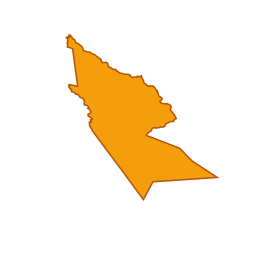 Riacho Frio, Piauí, Brazil, rotated 304°
{"feature_id": "56859067B56089462562487", "entity_name": "Riacho Frio", "entity_type": "district", "adm_level": 2, "iso_a3": "BRA", "parent_name": "Brazil", "parent_adm1": "Piauí", "projection": "equal_earth", "projection_center": [-44.706, -9.934], "detail": "fine", "context": "isolated", "style": "filled", "palette": "amber", "viewbox_px": 256, "rotation_deg": 304, "n_neighbors": 0, "source": "geoboundaries", "source_scale": "gbopen_adm2", "svg_char_len": 3403}
<svg xmlns="http://www.w3.org/2000/svg" viewBox="0 0 256 256"><g transform="rotate(304 128 128)"><path d="M136.9,229.6L136.5,199.4L138.7,188.9L140.1,182.2L132.1,147.4L133.5,147.1L134.4,147.0L135.1,147.6L135.8,147.6L136.7,148.1L137.3,148.2L138.5,148.8L139.5,148.6L141.3,148.4L142.4,149.1L143.1,149.5L143.2,150.6L143.8,151.5L144.8,152.3L145.8,153.7L147.0,154.3L148.0,156.1L149.4,157.3L150.3,157.5L152.1,157.1L152.7,157.1L153.8,157.5L154.4,158.3L155.3,158.5L156.0,159.1L157.3,159.7L157.7,160.6L158.2,161.1L158.7,161.9L159.8,161.9L161.2,161.8L161.8,162.0L162.3,162.6L162.9,162.6L163.6,161.4L164.1,160.3L165.1,158.8L165.3,157.6L165.6,156.6L165.9,155.3L166.4,154.7L166.5,153.9L166.4,153.2L167.1,152.7L168.0,152.6L169.0,152.3L169.6,152.0L170.1,151.3L170.6,150.3L170.6,149.1L170.3,148.2L169.8,147.8L170.1,147.0L169.9,146.3L169.2,145.7L168.5,144.9L168.1,144.1L167.4,142.2L167.2,141.1L167.6,140.1L167.9,139.5L168.2,140.1L169.0,139.8L169.6,139.9L170.6,140.2L171.5,140.0L171.9,138.7L171.9,137.8L171.7,136.2L172.1,135.0L172.6,134.5L173.3,133.8L173.9,133.3L174.3,132.2L175.2,131.5L175.0,130.6L175.3,129.9L175.9,128.8L176.3,128.0L176.4,126.9L176.8,126.2L176.5,125.4L176.4,124.4L175.6,123.5L175.4,122.7L174.1,121.7L174.0,120.7L174.2,118.9L174.2,117.8L174.4,115.8L174.9,115.1L175.5,114.9L176.1,114.3L176.5,113.3L177.0,112.4L177.3,111.5L178.8,109.9L178.2,109.7L177.5,109.5L177.0,108.5L176.4,107.8L176.0,106.6L175.1,106.9L174.6,106.4L173.9,104.8L173.1,104.0L172.5,103.4L172.2,102.6L172.2,101.8L172.4,100.9L173.1,100.4L172.8,99.2L172.7,98.4L172.2,97.3L171.2,96.3L170.8,95.2L170.6,94.5L170.0,93.3L169.9,92.5L169.1,91.0L169.2,90.0L168.9,89.3L169.1,88.3L169.1,86.9L169.2,86.0L169.6,84.9L168.8,83.7L168.3,83.1L168.4,82.1L168.4,81.1L168.3,80.1L168.1,79.2L168.2,78.0L168.1,77.0L168.6,76.5L169.9,75.4L170.4,74.4L170.0,72.8L169.4,72.2L168.8,71.3L167.9,70.3L168.4,68.7L169.1,68.0L169.6,67.1L169.9,66.5L169.8,65.5L169.7,64.1L169.9,63.3L169.8,62.4L170.1,60.5L170.1,59.5L169.9,58.2L169.6,57.1L169.5,55.7L169.6,54.5L169.6,53.5L168.7,52.2L168.0,51.3L167.9,50.0L167.7,49.0L167.3,47.9L167.9,46.8L168.6,46.4L169.0,45.8L169.4,45.1L169.6,44.3L169.8,43.6L170.0,42.4L169.8,41.5L170.1,40.3L170.2,39.6L169.8,38.7L169.8,37.5L169.9,36.5L170.4,35.9L171.0,34.8L171.5,33.5L171.0,32.7L171.1,31.7L171.6,31.1L172.3,30.4L172.3,29.2L172.6,28.2L171.9,28.4L171.9,27.3L171.1,27.8L170.6,28.5L170.0,28.5L170.0,27.3L169.2,26.6L168.3,26.4L168.6,27.9L167.7,28.2L167.3,28.6L166.8,29.1L166.5,29.7L165.9,29.5L165.1,30.1L164.5,29.9L164.0,30.4L163.7,31.3L162.5,31.8L162.0,32.1L161.3,32.3L162.8,37.7L134.5,62.9L130.8,54.3L130.9,55.3L130.5,55.9L129.7,55.5L129.1,55.7L128.1,58.3L128.2,59.1L128.4,59.8L126.9,60.3L126.6,61.2L127.1,62.2L127.5,63.1L127.3,64.2L126.8,65.5L127.0,66.3L127.6,67.0L127.7,67.8L127.3,69.1L127.0,70.0L126.6,71.0L126.7,71.8L127.0,72.8L127.3,73.8L127.1,74.7L126.5,75.6L126.1,76.8L124.9,77.5L123.3,78.2L122.7,78.9L123.2,79.9L123.7,80.8L123.8,81.9L123.5,83.0L122.8,83.9L121.8,83.7L122.0,84.6L121.9,85.7L121.5,86.8L120.9,87.9L120.1,88.4L118.6,88.1L117.4,87.3L116.8,87.3L116.0,87.9L115.6,88.7L116.1,92.2L115.9,93.1L115.0,93.4L114.4,92.7L114.0,92.2L113.5,92.7L113.0,93.7L111.9,94.0L111.7,93.3L111.3,92.7L110.0,93.7L108.9,94.5L108.2,95.3L107.5,96.8L106.9,98.3L106.3,99.3L105.8,99.9L92.2,138.6L88.8,148.5L77.2,180.8L86.3,179.9L91.0,179.4L93.1,179.2L97.4,178.8L108.5,193.1L114.8,201.2L136.9,229.6Z" fill="#f59e0b" stroke="#b45309" stroke-width="1.5"/></g></svg>